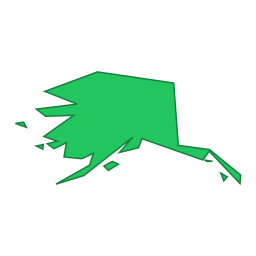 Alaska, Natural Earth projection
{"feature_id": "USA-3563", "entity_name": "Alaska", "entity_type": "State", "adm_level": 1, "iso_a3": "USA", "parent_name": "United States of America", "parent_adm1": "", "projection": "natural_earth1", "projection_center": [-152.163, 61.314], "detail": "coarse", "context": "isolated", "style": "filled", "palette": "green", "viewbox_px": 256, "rotation_deg": 0, "n_neighbors": 0, "source": "natural_earth", "source_scale": "10m", "svg_char_len": 708}
<svg xmlns="http://www.w3.org/2000/svg" viewBox="0 0 256 256"><path d="M173.7,83.1L178.3,145.4L209.5,149.6L240.6,175.0L240.0,183.5L209.2,151.2L202.9,160.0L142.0,138.7L138.4,147.8L119.4,152.5L132.9,137.1L83.7,175.6L56.0,184.1L89.6,165.1L93.4,153.4L81.8,158.7L64.0,157.0L66.4,142.7L54.1,148.7L47.3,143.7L57.5,141.2L43.8,136.5L73.7,115.3L45.6,116.3L36.3,109.1L77.2,104.1L44.8,91.4L97.4,71.9L173.7,83.1ZM118.4,164.1L108.3,170.4L103.9,166.1L112.3,161.4L118.4,164.1ZM227.3,176.9L223.8,180.8L220.8,173.1L227.3,176.9ZM23.6,122.2L26.4,127.3L15.4,123.4L23.6,122.2ZM207.2,161.5L204.5,160.0L212.5,161.3L207.2,161.5ZM43.3,144.5L42.8,149.2L36.3,146.0L43.3,144.5Z" fill="#22c55e" stroke="#15803d" stroke-width="1.5"/></svg>